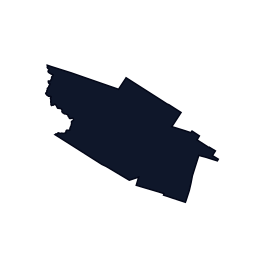 Navarro, Buenos Aires, Argentina, rotated 64°
{"feature_id": "61730980B73651998783154", "entity_name": "Navarro", "entity_type": "district", "adm_level": 2, "iso_a3": "ARG", "parent_name": "Argentina", "parent_adm1": "Buenos Aires", "projection": "mercator", "projection_center": [-59.615, -35.025], "detail": "fine", "context": "isolated", "style": "filled", "palette": "ink", "viewbox_px": 256, "rotation_deg": 64, "n_neighbors": 0, "source": "geoboundaries", "source_scale": "gbopen_adm2", "svg_char_len": 4997}
<svg xmlns="http://www.w3.org/2000/svg" viewBox="0 0 256 256"><g transform="rotate(64 128 128)"><path d="M123.3,82.5L120.8,84.0L116.0,86.9L82.0,107.7L82.6,108.6L89.1,119.6L88.4,120.2L65.8,142.7L65.1,143.4L53.7,154.7L39.1,170.1L36.1,173.1L36.3,173.2L36.6,173.3L36.9,173.3L37.3,173.4L37.6,173.5L37.8,173.8L38.0,174.0L38.3,174.0L38.6,173.9L38.9,174.0L39.2,173.9L39.6,173.8L39.8,173.6L40.2,173.4L40.4,173.3L40.7,173.3L41.1,173.5L41.3,173.8L41.5,174.2L41.6,174.6L41.9,174.9L42.3,175.1L42.7,175.1L43.4,174.9L43.6,174.8L43.9,174.6L44.2,174.4L44.4,174.3L44.7,174.1L44.9,173.9L45.2,173.7L45.6,173.6L45.9,173.4L46.1,173.1L46.4,172.9L46.7,172.5L46.9,172.3L47.3,172.2L47.5,172.2L47.8,172.3L47.9,172.5L48.1,172.8L48.2,173.0L48.3,173.4L48.5,173.7L48.6,174.1L48.9,174.4L49.2,174.6L49.6,174.7L50.1,174.8L50.3,175.0L50.4,175.4L50.5,175.7L50.7,176.0L51.1,176.2L51.3,176.4L51.5,176.7L51.6,177.0L51.6,177.3L51.6,177.6L51.4,177.9L51.2,178.2L51.1,178.4L50.9,178.7L50.9,179.1L51.1,179.2L51.4,179.3L51.8,179.4L52.3,179.6L52.5,179.6L52.8,179.6L53.0,179.5L53.4,179.4L53.6,179.2L53.8,178.9L54.0,178.8L54.3,178.8L54.5,179.0L54.8,179.2L54.9,179.6L55.1,179.8L55.2,180.1L55.4,180.3L55.5,180.5L55.7,180.8L56.0,181.1L56.3,181.3L56.6,181.6L56.6,181.8L56.7,182.1L56.8,182.4L56.9,182.7L57.0,183.0L57.3,183.3L57.6,183.4L57.9,183.5L58.2,183.6L58.4,183.8L58.5,184.0L58.7,184.3L58.9,184.6L59.3,184.8L59.7,185.0L60.0,185.1L60.2,185.3L60.3,185.6L60.3,186.0L60.5,186.3L60.6,186.6L60.8,186.8L61.2,186.8L61.5,186.8L61.9,186.7L62.3,186.5L62.6,186.5L63.1,186.4L63.3,186.3L63.5,186.1L63.8,185.9L64.2,185.7L64.5,185.5L64.7,185.4L64.9,185.1L65.0,184.9L65.1,184.6L65.2,184.4L65.4,184.0L65.6,183.7L65.8,183.5L66.0,183.4L66.3,183.3L66.5,183.4L66.7,183.6L66.7,183.9L66.8,184.2L67.0,184.5L67.3,184.7L67.7,184.8L68.1,184.8L68.3,184.9L68.8,184.9L69.1,185.0L69.3,185.1L69.5,185.3L69.9,185.6L70.1,185.7L70.4,185.8L70.7,186.0L70.9,186.1L71.2,186.1L71.4,186.2L71.6,186.3L72.1,186.4L72.3,186.4L72.5,186.5L72.8,186.7L73.0,186.9L73.3,187.0L73.5,187.0L73.8,186.9L74.0,186.9L74.1,186.7L74.3,186.7L74.3,186.4L74.3,186.2L74.3,185.9L74.5,185.7L74.7,185.3L74.7,185.0L74.7,184.8L74.7,184.6L74.7,184.4L74.6,184.2L74.4,183.8L74.5,183.6L74.5,183.4L74.7,183.2L74.8,183.1L75.1,183.0L75.4,182.9L75.6,182.8L75.9,182.7L76.2,182.7L76.4,182.6L76.8,182.6L77.0,182.6L77.4,182.6L77.7,182.7L78.0,182.6L78.4,182.5L78.6,182.6L78.9,182.6L79.1,182.6L79.3,182.5L79.5,182.4L79.7,182.2L79.8,182.0L79.9,181.8L79.9,181.6L79.9,181.4L80.0,181.2L80.3,180.9L80.5,180.8L80.6,180.7L80.8,180.6L80.9,180.4L80.9,180.2L81.0,180.0L81.1,179.8L81.2,179.7L81.4,179.6L81.7,179.5L82.1,179.5L82.5,179.4L83.0,179.3L83.2,179.5L83.5,179.7L83.7,179.9L83.9,180.0L84.4,180.2L84.7,180.1L85.0,180.1L85.5,180.1L85.8,179.9L86.0,179.6L86.4,179.4L86.6,179.3L86.9,179.2L87.2,179.1L87.4,178.9L87.6,178.7L87.7,178.4L87.8,178.1L88.0,177.9L88.4,177.6L88.6,177.4L88.9,177.1L89.0,176.9L89.3,176.6L89.7,176.3L89.9,176.2L90.0,176.2L90.2,176.3L90.3,176.3L90.4,176.5L90.7,176.6L91.0,176.6L91.4,176.4L91.5,176.4L91.8,176.5L92.0,176.4L92.3,176.2L92.5,176.2L92.7,176.3L93.0,176.4L93.3,176.4L93.7,176.3L93.9,176.2L94.1,175.9L94.2,175.7L94.3,175.4L94.4,175.2L94.4,174.8L94.5,174.6L94.6,174.3L94.6,174.0L94.7,173.7L94.8,173.5L94.9,173.3L95.1,173.2L95.4,173.2L95.6,173.2L95.8,173.2L96.1,173.3L96.3,173.3L96.7,173.4L96.9,173.4L97.1,173.7L97.3,174.1L97.3,174.4L97.2,174.7L97.2,175.1L97.3,175.5L97.5,176.0L97.8,176.2L98.0,176.3L98.3,176.3L98.5,176.4L98.8,176.5L99.0,176.6L99.3,176.8L99.6,177.0L99.9,177.3L100.2,177.5L100.4,177.6L100.7,177.9L101.0,178.1L101.2,178.3L101.3,178.5L101.5,178.8L101.7,179.0L101.8,179.2L102.0,179.4L102.2,179.5L102.3,179.7L102.5,179.9L102.6,180.0L102.8,180.3L103.1,180.4L103.3,180.5L103.5,180.7L103.7,180.8L103.9,180.9L104.2,181.1L104.4,181.4L104.4,181.6L104.4,181.9L104.2,182.1L104.0,182.3L104.0,182.5L103.7,182.8L103.6,183.0L103.5,183.3L103.3,183.6L103.2,183.8L103.1,184.1L103.2,184.4L103.3,184.7L103.5,184.9L103.7,185.1L103.8,185.2L104.0,185.3L104.2,185.5L104.4,185.7L104.7,185.8L104.9,186.0L105.1,186.2L105.1,186.5L105.0,187.0L104.8,187.2L104.8,187.5L104.7,187.6L104.7,187.8L104.7,188.1L104.5,188.5L104.3,188.8L104.1,189.1L103.9,189.4L103.6,189.7L103.5,190.1L103.4,190.5L103.3,190.9L103.1,191.3L103.0,191.5L102.8,191.8L102.6,192.0L102.2,192.2L102.1,192.5L101.9,192.6L101.7,192.9L101.7,193.1L101.9,193.3L102.1,193.5L102.2,193.8L102.2,194.1L102.2,194.4L102.0,194.7L101.8,195.1L101.7,195.3L101.7,195.5L101.8,195.9L101.9,196.1L102.0,196.3L102.0,196.5L118.5,186.3L149.3,167.4L152.9,164.5L175.5,149.7L176.8,139.9L183.1,145.7L189.6,138.6L195.9,131.7L202.7,124.4L203.9,125.5L206.8,122.4L210.3,118.9L219.9,109.0L218.9,108.0L218.9,107.9L211.0,100.3L208.9,98.6L205.2,95.6L199.2,91.1L192.2,84.5L183.6,76.3L185.8,73.9L186.8,72.7L188.6,70.6L193.5,65.5L196.7,62.1L195.6,60.5L189.8,64.2L186.9,59.5L181.0,63.3L181.2,63.7L171.2,69.8L168.9,71.1L166.4,67.3L158.8,71.8L159.7,73.6L155.2,78.2L145.9,88.1L144.7,85.8L142.1,81.5L137.3,73.5L131.3,77.2L125.2,80.9L123.3,82.5Z" fill="#0f172a" stroke="#020617" stroke-width="1.5"/></g></svg>